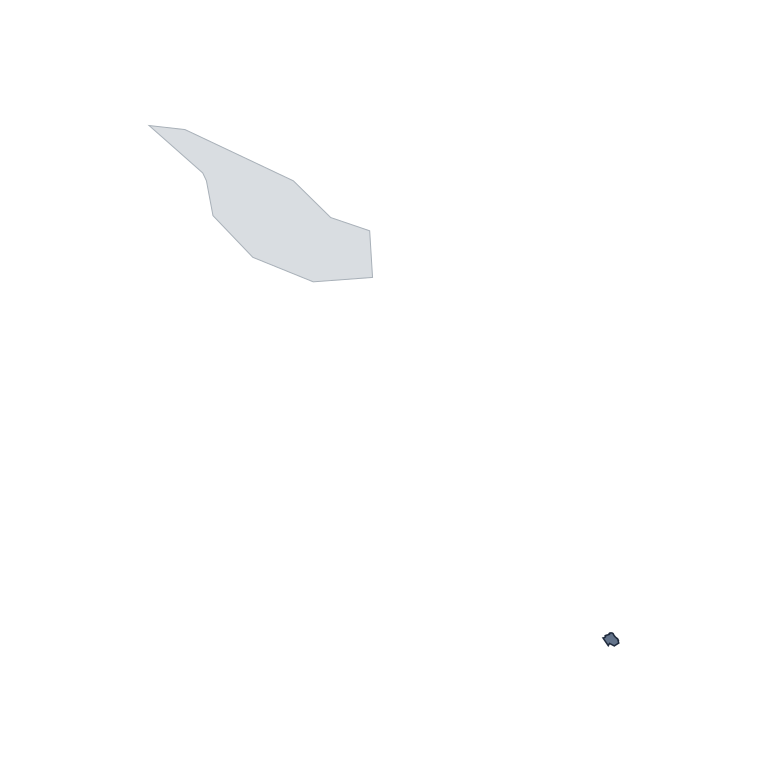 location of Ngerbelau, Angaur, Palau, rotated 286°
{"feature_id": "81905179B91574201730062", "entity_name": "Ngerbelau", "entity_type": "district", "adm_level": 2, "iso_a3": "PLW", "parent_name": "Palau", "parent_adm1": "Angaur", "projection": "mercator", "projection_center": [134.149, 6.91], "detail": "fine", "context": "in_parent", "style": "filled", "palette": "slate", "viewbox_px": 768, "rotation_deg": 286, "n_neighbors": 0, "source": "geoboundaries", "source_scale": "gbopen_adm2", "svg_char_len": 1528}
<svg xmlns="http://www.w3.org/2000/svg" viewBox="0 0 768 768"><g transform="rotate(286 384 384)"><path d="M527.3,328.0L483.3,343.6L462.7,287.8L469.6,223.0L498.7,173.2L530.4,157.3L536.9,151.6L567.7,86.9L573.7,122.6L554.3,240.9L529.3,286.9L527.3,328.0Z" fill="#d9dde1" stroke="#a8b0b8" stroke-width="1"/><path d="M195.7,677.6L195.9,677.7L199.7,681.1L200.0,680.9L200.4,680.6L200.7,680.4L200.8,680.4L201.0,680.3L201.4,680.1L201.6,679.9L201.8,680.0L202.0,680.1L202.4,679.8L202.4,679.6L202.5,679.6L202.7,679.4L202.9,679.3L203.1,679.2L203.2,678.9L203.3,678.8L203.5,678.7L203.7,678.3L203.7,678.2L203.6,677.8L203.9,677.6L203.9,677.4L204.0,677.3L204.1,677.2L204.3,676.6L204.5,676.3L204.6,676.2L204.8,675.6L204.9,675.4L205.0,675.3L205.2,675.1L205.4,675.0L205.4,674.8L205.4,674.7L205.6,674.5L205.8,674.3L205.9,674.2L206.3,673.9L206.5,673.7L206.7,673.4L206.8,673.4L207.0,673.3L207.1,673.0L207.3,672.8L207.4,672.6L207.4,672.4L207.5,672.2L207.5,671.9L207.5,671.6L207.3,670.7L207.2,670.4L207.1,670.2L207.0,669.9L206.9,669.8L206.8,669.6L206.7,669.5L206.5,669.4L206.5,669.5L206.4,669.7L206.3,669.8L205.7,669.8L205.6,669.7L205.4,669.6L205.2,669.4L205.0,669.0L204.7,668.4L204.5,668.2L204.4,668.1L204.2,667.9L204.2,667.7L204.1,667.4L203.9,667.2L203.8,666.9L203.7,666.8L203.6,666.7L203.3,666.3L203.2,666.5L203.0,666.3L202.9,666.3L202.8,666.1L202.7,666.1L202.4,666.3L202.2,666.6L201.9,666.6L201.1,665.8L201.0,665.7L200.5,665.1L200.3,664.9L200.2,664.6L194.3,671.7L196.8,672.3L195.7,677.6Z" fill="#64748b" stroke="#1e293b" stroke-width="1.5"/></g></svg>